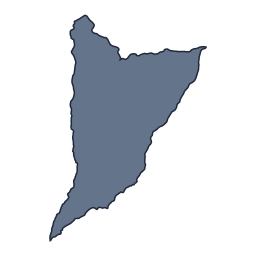 Enciso, Santander, Colombia (Albers equal-area conic projection)
{"feature_id": "7082276B96027613653317", "entity_name": "Enciso", "entity_type": "district", "adm_level": 2, "iso_a3": "COL", "parent_name": "Colombia", "parent_adm1": "Santander", "projection": "albers", "projection_center": [-72.688, 6.65], "detail": "fine", "context": "isolated", "style": "filled", "palette": "slate", "viewbox_px": 256, "rotation_deg": 0, "n_neighbors": 0, "source": "geoboundaries", "source_scale": "gbopen_adm2", "svg_char_len": 5656}
<svg xmlns="http://www.w3.org/2000/svg" viewBox="0 0 256 256"><path d="M82.2,216.4L82.4,216.2L84.2,215.4L84.8,214.9L85.0,214.4L85.2,213.4L86.0,212.7L86.5,212.0L87.3,211.2L88.6,210.0L89.8,209.0L92.0,207.9L92.6,207.7L93.8,207.7L94.6,208.0L96.1,209.0L97.0,209.4L97.3,209.2L97.7,208.4L98.1,207.9L99.2,207.4L99.7,207.3L100.1,207.3L102.5,208.1L103.0,208.1L103.7,207.7L104.3,207.6L106.3,208.0L107.3,208.5L107.6,208.4L107.8,208.0L108.0,206.4L108.3,205.8L109.4,204.0L110.5,203.2L111.7,201.7L112.1,201.5L113.3,201.1L113.9,200.7L114.4,200.1L114.7,199.1L114.7,198.2L114.8,197.7L115.8,195.9L116.6,195.0L118.3,193.9L118.9,193.3L119.8,192.9L120.7,192.1L121.4,192.1L122.4,192.5L123.0,192.5L123.4,192.3L123.9,191.5L124.5,190.2L125.6,188.6L126.3,187.8L126.9,187.5L128.5,186.9L129.3,186.1L131.5,185.8L131.8,185.5L131.9,185.2L132.2,184.8L132.5,184.7L133.8,184.8L134.2,184.6L134.6,183.5L135.1,183.1L136.3,182.5L136.6,182.1L137.0,181.5L136.7,180.1L136.8,179.6L137.0,178.7L137.4,178.0L138.0,177.1L138.7,176.3L139.9,174.6L140.5,173.1L140.9,172.7L141.4,172.4L142.5,171.3L143.3,170.6L144.0,169.9L144.7,168.9L144.8,167.8L145.5,164.6L145.1,163.4L144.7,162.7L145.1,156.3L144.8,154.4L144.8,153.8L147.7,148.9L148.5,146.7L149.0,145.7L149.7,144.8L150.2,144.6L150.7,143.9L151.1,143.1L151.4,142.2L151.4,141.5L150.7,139.2L150.6,138.5L150.7,137.5L150.9,137.0L152.2,135.4L152.4,134.7L152.6,132.8L152.8,132.2L153.7,131.3L156.3,129.9L156.7,129.6L158.6,127.6L159.4,127.0L159.9,126.7L161.7,126.1L163.3,125.2L166.4,122.3L166.9,121.5L167.8,118.4L168.9,116.8L170.6,113.9L171.9,112.0L172.4,111.5L173.6,111.0L174.7,110.3L175.8,108.8L176.5,107.4L176.9,105.3L177.2,104.5L177.7,103.8L178.2,103.2L179.5,102.2L179.7,101.8L180.2,99.4L180.6,98.6L181.3,97.5L181.8,96.4L183.5,93.8L184.0,92.5L184.6,91.1L187.8,87.7L188.0,87.4L188.1,86.8L188.7,85.6L189.1,84.8L189.8,83.9L190.4,83.3L191.4,83.0L192.4,82.4L193.8,81.4L194.9,80.0L196.1,77.5L196.7,75.4L197.1,74.5L197.2,73.4L197.8,71.9L198.5,69.6L198.6,67.2L198.9,64.8L198.6,63.2L198.6,61.5L198.9,60.2L199.2,57.0L200.7,51.3L201.2,50.5L201.9,49.6L202.5,49.2L204.8,48.5L205.2,48.3L205.8,47.8L206.0,47.4L206.1,47.1L204.5,46.8L203.2,46.7L201.3,46.8L200.4,47.1L199.8,47.1L198.4,47.8L196.6,48.5L194.1,48.8L191.8,49.7L190.9,50.4L190.2,51.4L189.0,51.8L187.1,51.8L184.1,51.5L179.1,51.6L178.0,51.4L177.2,51.6L176.3,51.2L175.7,51.3L174.4,51.2L171.6,50.7L170.1,50.6L169.5,50.4L168.8,49.7L167.7,49.2L167.2,49.0L166.3,49.1L165.0,49.4L164.5,49.7L164.2,50.3L163.9,50.9L163.7,51.2L162.0,51.9L160.3,52.0L160.0,52.2L158.1,53.5L157.3,53.8L156.4,54.0L154.2,54.1L151.7,53.1L150.8,53.0L149.7,53.2L148.6,53.6L146.7,53.8L146.3,53.8L145.2,53.5L144.2,53.5L143.0,53.8L140.4,54.8L139.4,55.5L138.7,55.8L136.9,55.5L136.3,55.0L136.2,54.4L135.6,54.0L133.7,53.8L132.7,53.8L131.9,54.0L130.7,54.4L129.9,55.1L127.3,58.5L126.5,59.0L125.7,59.3L124.9,59.3L123.3,58.7L122.2,58.5L121.7,58.6L121.0,59.3L120.2,59.7L120.4,59.0L120.4,57.6L119.1,54.7L118.2,53.4L117.8,52.3L117.9,51.3L118.8,50.1L118.9,49.6L118.8,48.9L118.1,47.9L117.3,47.4L114.3,46.4L112.8,46.1L111.5,45.4L111.0,45.1L109.7,43.6L107.8,39.6L106.9,38.4L106.3,37.8L105.6,37.6L103.7,37.5L102.6,36.9L99.8,35.9L98.7,35.2L97.1,33.9L96.3,33.6L94.2,33.2L93.0,32.5L92.3,31.7L91.9,30.9L91.8,29.8L92.4,28.8L93.2,27.8L94.0,26.3L94.2,25.4L94.1,24.8L93.4,23.6L93.1,23.2L91.9,21.9L90.0,20.4L89.2,19.4L87.6,17.1L86.7,16.0L85.6,15.4L85.0,15.4L84.5,15.5L80.0,18.5L76.0,20.7L75.3,21.0L74.7,21.2L74.5,21.3L74.3,21.8L74.6,22.6L74.5,23.5L74.2,24.3L73.4,25.0L73.3,25.3L73.3,26.3L73.9,27.2L74.1,27.7L73.9,28.7L73.8,28.9L72.5,29.5L72.1,29.8L71.4,30.1L70.8,30.5L70.5,31.0L70.2,32.1L70.3,34.7L71.0,36.7L71.1,37.9L71.3,38.3L71.6,38.5L73.4,39.5L73.6,39.7L73.8,40.2L73.9,41.0L74.5,44.1L74.5,45.4L74.2,46.4L73.7,47.6L73.0,48.6L72.4,50.0L71.7,51.0L71.5,51.7L71.5,52.3L71.8,53.0L73.1,54.7L74.3,57.1L75.7,61.4L75.8,62.6L75.7,63.6L75.4,64.4L75.1,66.3L74.1,73.9L73.5,74.9L73.0,75.3L72.8,75.7L72.3,78.6L72.0,79.9L72.0,82.5L72.8,85.1L73.3,86.3L73.7,89.8L74.1,90.6L74.3,91.9L74.3,92.9L74.2,94.6L73.3,97.8L73.1,98.3L72.2,99.7L71.2,100.8L70.8,101.5L70.5,102.8L70.3,104.6L70.3,105.7L70.7,107.1L71.3,108.3L71.5,109.4L71.3,111.9L71.0,113.5L71.7,115.1L71.8,115.8L71.8,116.2L71.3,117.6L71.3,120.0L71.2,121.5L71.4,123.4L71.0,126.2L71.1,127.8L71.3,128.8L71.6,129.1L73.1,130.3L73.5,131.0L73.6,131.6L73.6,132.2L73.2,132.8L73.2,134.5L73.0,135.7L72.8,136.1L72.7,137.5L73.0,139.9L73.3,141.2L73.4,142.8L73.4,144.6L73.8,146.9L73.3,147.9L73.1,148.5L73.1,150.1L72.7,150.8L72.7,151.3L73.7,152.5L73.6,154.5L73.9,156.1L74.5,157.9L74.9,159.6L75.8,161.4L75.8,162.4L76.2,162.7L77.0,162.8L77.4,163.4L77.5,164.6L77.1,166.8L77.2,168.9L77.1,171.9L76.9,172.7L76.2,173.9L76.0,174.8L75.9,175.7L75.4,176.4L75.2,177.2L74.7,178.8L73.9,180.1L73.7,180.9L73.7,181.9L74.0,184.0L74.0,185.2L73.9,186.4L73.7,187.1L72.9,187.9L71.1,188.9L70.9,189.3L70.3,190.7L69.6,192.0L69.2,192.5L68.1,193.3L67.7,194.2L67.7,194.5L68.0,195.6L68.7,196.6L68.8,197.2L68.5,197.9L67.3,199.7L65.0,201.7L64.6,202.8L64.2,203.3L63.0,204.0L62.5,204.6L61.1,207.7L60.8,208.8L60.4,209.7L59.9,211.8L59.7,212.3L59.0,213.2L57.1,214.3L56.7,214.8L56.2,216.6L55.3,218.2L54.8,219.8L53.8,221.6L53.5,222.4L53.3,223.7L52.8,225.9L51.9,228.1L51.7,229.7L51.6,231.7L51.0,232.9L51.0,233.6L50.7,234.3L50.0,235.9L50.1,236.3L49.9,238.5L50.0,239.0L50.3,239.8L50.2,240.6L50.7,240.4L51.8,238.4L52.7,237.4L53.1,237.2L55.5,236.6L55.9,236.3L56.3,235.8L57.0,235.2L58.1,234.6L59.0,234.3L60.2,234.2L60.5,234.0L61.1,233.0L60.9,230.7L61.1,230.4L61.3,230.3L62.1,230.3L62.4,230.0L62.5,229.7L62.6,228.5L62.9,228.0L65.6,226.1L70.4,223.5L71.5,222.6L74.0,220.3L74.6,219.6L75.0,218.7L75.6,218.5L78.4,218.4L79.2,218.1L80.6,217.1L82.2,216.4Z" fill="#64748b" stroke="#1e293b" stroke-width="1.5"/></svg>